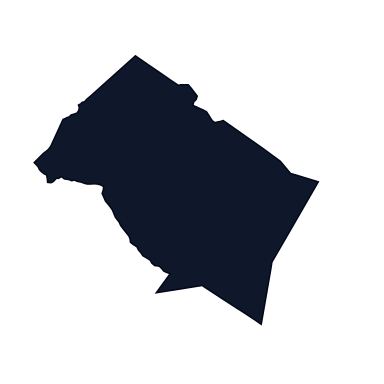 Rio do Antônio, Bahia, Brazil (Equal Earth projection), rotated 315°
{"feature_id": "56859067B81467774065144", "entity_name": "Rio do Antônio", "entity_type": "district", "adm_level": 2, "iso_a3": "BRA", "parent_name": "Brazil", "parent_adm1": "Bahia", "projection": "equal_earth", "projection_center": [-42.128, -14.325], "detail": "fine", "context": "isolated", "style": "filled", "palette": "ink", "viewbox_px": 384, "rotation_deg": 315, "n_neighbors": 0, "source": "geoboundaries", "source_scale": "gbopen_adm2", "svg_char_len": 1642}
<svg xmlns="http://www.w3.org/2000/svg" viewBox="0 0 384 384"><g transform="rotate(315 192 192)"><path d="M248.3,55.7L187.6,52.4L184.9,52.1L182.4,52.0L180.0,52.3L177.7,50.9L175.7,51.0L173.2,50.2L171.9,52.7L169.8,54.1L166.7,54.9L163.6,53.5L161.0,52.0L158.5,52.1L156.1,50.9L154.2,50.4L152.1,49.5L124.4,59.8L120.8,60.3L118.3,60.2L116.3,59.9L114.0,59.6L111.2,59.6L106.8,59.6L103.8,59.6L101.2,59.6L101.1,65.1L99.9,68.4L99.9,71.4L100.2,74.2L101.2,77.3L98.7,80.7L96.7,83.1L98.9,85.8L101.1,86.5L103.5,86.5L105.8,86.4L107.4,88.1L110.5,88.7L111.0,92.5L113.7,96.1L114.9,99.0L117.2,100.3L118.4,103.4L120.6,106.6L122.2,110.1L123.7,112.5L126.3,115.0L128.8,117.2L131.1,120.0L132.8,123.2L133.2,125.9L130.2,128.1L127.5,129.4L125.8,133.7L124.4,137.2L124.1,140.7L123.6,145.1L123.0,148.4L121.8,151.3L120.1,155.3L119.6,158.2L119.2,161.8L117.9,165.1L117.5,167.8L117.0,171.7L116.6,175.2L116.2,178.7L114.7,181.9L112.9,184.0L113.3,187.6L114.3,191.8L113.1,195.1L113.0,198.1L112.2,202.3L113.5,207.3L114.2,210.7L113.3,214.0L113.6,217.8L115.5,219.9L116.5,222.0L116.4,225.3L116.1,228.1L117.3,231.2L118.8,234.3L95.5,238.0L133.1,265.3L133.8,269.1L138.3,290.7L141.8,307.1L142.4,309.5L143.1,312.8L145.9,326.3L147.4,334.5L193.3,302.2L198.9,298.1L239.0,287.4L277.3,277.1L286.7,274.6L288.5,274.1L277.0,252.5L274.8,248.6L276.2,232.7L273.0,211.7L264.6,163.5L262.0,162.2L259.6,160.5L257.4,159.3L256.7,156.4L257.3,153.1L258.3,148.9L259.0,145.4L258.3,143.1L253.9,131.3L257.2,129.4L260.2,129.6L263.5,127.9L264.8,118.4L265.2,113.5L262.6,111.0L260.3,108.5L257.8,106.9L255.8,96.7L254.4,88.9L250.9,70.2L248.9,59.3L248.3,55.7Z" fill="#0f172a" stroke="#020617" stroke-width="1.5"/></g></svg>